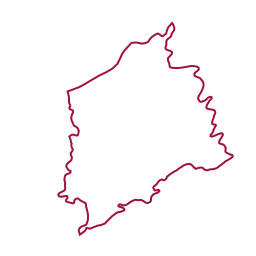 the district of Drahichyn, Brest, Belarus, rotated 159°
{"feature_id": "67162791B13228782215285", "entity_name": "Drahichyn", "entity_type": "district", "adm_level": 2, "iso_a3": "BLR", "parent_name": "Belarus", "parent_adm1": "Brest", "projection": "robinson", "projection_center": [25.082, 52.14], "detail": "fine", "context": "isolated", "style": "outline", "palette": "rose", "viewbox_px": 256, "rotation_deg": 159, "n_neighbors": 0, "source": "geoboundaries", "source_scale": "gbopen_adm2", "svg_char_len": 5044}
<svg xmlns="http://www.w3.org/2000/svg" viewBox="0 0 256 256"><g transform="rotate(159 128 128)"><path d="M62.0,58.9L61.0,58.8L59.1,58.9L57.3,59.3L56.1,59.9L54.4,60.1L53.3,60.5L50.5,61.4L48.8,62.0L45.7,62.4L43.0,62.9L41.2,63.4L40.2,64.3L40.4,65.0L40.6,65.5L41.7,66.4L43.0,67.6L43.9,68.5L44.9,69.7L45.5,70.7L45.3,71.8L44.6,72.8L44.0,74.0L44.1,76.1L44.4,77.4L45.4,78.7L46.4,79.5L47.8,80.5L48.3,81.2L48.1,82.0L47.4,83.0L46.5,83.9L44.3,85.5L43.0,86.6L41.9,87.5L41.8,88.8L42.2,89.5L45.4,90.0L47.5,89.9L50.3,89.7L51.5,89.8L53.2,90.0L53.9,90.8L53.4,91.8L52.2,92.5L50.7,93.3L49.7,94.4L48.7,95.6L47.0,97.3L46.1,98.0L45.0,98.8L45.0,99.6L45.7,100.0L46.6,100.5L47.8,101.6L47.5,103.0L46.9,103.9L46.0,105.1L44.2,107.1L43.2,108.6L41.8,110.0L40.9,111.2L40.8,112.6L41.2,113.8L42.8,114.9L44.3,115.9L45.9,116.8L47.2,117.8L47.5,119.2L46.1,121.3L44.2,122.6L42.4,124.1L40.9,124.8L39.4,125.6L38.9,126.7L40.3,127.8L42.8,127.5L44.3,126.8L46.3,126.1L48.8,126.1L50.7,126.3L51.7,127.2L51.7,128.5L52.1,130.0L51.8,130.9L50.6,132.4L47.8,134.6L45.0,137.0L42.6,139.9L41.6,142.2L41.5,144.9L42.1,146.4L42.6,148.1L43.6,149.4L44.3,150.2L45.6,151.2L46.8,152.4L47.1,153.7L46.5,154.9L45.2,155.8L42.9,156.4L41.5,156.9L40.8,157.6L40.5,159.1L41.5,160.5L44.2,162.1L46.9,163.3L50.9,164.0L54.9,164.8L59.6,166.0L63.3,167.4L65.8,168.7L67.1,170.1L66.9,171.0L66.4,173.3L66.4,177.2L65.5,179.0L63.5,179.9L62.3,180.5L60.4,181.7L59.8,183.0L60.6,184.6L62.6,186.1L64.3,187.8L64.4,189.3L63.4,190.7L62.1,192.2L61.8,193.7L60.9,195.4L60.1,196.4L58.0,197.1L55.8,197.7L54.7,198.5L53.6,200.2L51.4,201.8L50.2,202.5L49.0,204.3L48.8,206.1L48.8,208.2L49.2,210.2L50.7,209.5L54.6,207.4L56.2,205.7L58.6,202.5L62.7,201.3L63.8,202.1L65.1,204.3L66.7,205.7L70.2,205.2L73.4,204.3L76.5,202.6L78.5,201.1L81.6,201.1L85.1,201.9L88.1,204.0L89.9,205.0L94.2,206.2L98.8,204.0L103.2,201.8L106.7,199.5L110.2,196.0L114.8,191.7L121.0,189.1L128.4,187.9L136.5,187.2L145.7,185.7L154.4,184.2L158.6,183.7L167.6,183.7L171.3,183.8L171.6,181.0L171.9,178.6L172.5,176.5L173.2,175.0L174.0,172.8L174.0,171.3L173.8,169.9L174.3,168.7L175.6,167.9L175.6,166.4L174.1,165.2L173.3,164.2L173.2,163.3L174.2,161.8L175.4,160.7L176.2,159.8L176.9,158.6L177.7,156.7L177.9,154.4L177.7,151.9L177.6,149.7L177.2,149.0L176.2,148.1L175.3,146.6L175.0,145.2L174.9,143.4L175.4,142.1L176.1,141.2L176.7,140.0L177.6,139.3L178.3,139.2L179.2,139.7L180.2,140.6L182.2,141.7L183.8,141.7L185.8,141.1L185.8,140.3L185.8,137.8L186.2,135.5L186.2,133.6L187.0,132.5L187.4,130.7L187.4,129.6L187.2,128.0L187.6,127.0L188.8,126.1L190.2,125.2L190.7,124.6L190.9,122.9L190.9,122.0L191.1,120.3L191.6,119.4L192.2,118.5L193.7,117.8L196.1,116.8L197.4,116.4L198.4,115.8L199.0,115.1L199.3,114.5L199.3,113.0L199.0,111.8L198.6,110.0L198.0,109.2L197.1,108.5L197.6,107.2L198.8,106.8L200.2,106.7L201.6,106.8L203.5,106.3L204.4,105.3L206.0,102.3L206.1,101.2L206.1,99.9L206.9,98.2L207.7,96.0L208.3,94.0L208.9,93.0L210.6,92.3L212.4,92.1L214.0,92.0L216.3,91.6L217.0,90.4L217.1,89.4L216.5,88.7L215.4,88.0L214.4,87.6L213.4,87.4L211.6,87.1L210.0,86.7L209.3,86.2L209.3,85.3L209.5,84.6L210.5,84.0L211.1,83.3L211.9,82.8L212.0,81.5L210.4,80.2L209.3,79.4L208.0,78.5L206.3,77.3L205.8,77.2L205.1,77.7L204.7,78.2L204.5,78.8L204.1,79.5L203.4,80.1L202.7,80.3L201.5,80.5L200.2,80.3L199.6,79.7L199.0,78.4L198.1,77.1L197.2,76.0L196.3,75.1L195.5,74.1L194.8,73.4L194.5,72.2L194.8,71.1L195.2,70.1L195.3,69.1L195.6,66.7L195.8,64.8L196.3,62.2L196.8,60.2L197.4,58.9L198.5,56.3L200.0,54.5L201.3,53.0L202.5,52.6L204.8,52.6L206.4,52.7L208.4,52.2L209.4,51.4L210.7,50.2L210.9,49.0L210.9,47.9L211.2,45.8L210.0,46.0L207.9,46.4L206.8,46.9L204.8,47.5L203.6,48.5L202.8,49.4L202.2,49.4L201.5,48.9L200.1,48.0L199.0,47.5L197.8,47.7L196.9,47.7L196.0,47.7L194.4,47.7L193.1,47.7L191.6,47.8L190.5,47.6L189.5,47.3L188.1,47.1L185.8,47.1L183.7,47.1L182.6,47.7L180.5,48.7L178.6,49.5L176.7,50.3L174.6,51.3L172.9,51.8L170.9,52.4L169.0,52.9L166.6,52.8L165.2,52.5L163.8,52.4L162.7,52.4L161.5,52.5L160.8,52.6L160.5,53.4L160.7,54.4L161.6,55.5L162.9,56.6L163.6,57.1L164.9,58.3L164.7,59.1L164.0,59.6L163.2,59.7L162.3,59.4L161.4,58.3L160.1,57.4L157.6,56.9L156.0,57.1L153.6,57.7L152.4,58.0L150.8,58.3L148.1,58.4L146.8,58.3L145.6,57.7L144.7,57.1L143.8,56.8L142.6,56.5L141.4,56.0L140.5,55.0L139.6,54.1L139.0,52.9L138.3,52.1L136.8,51.0L135.2,50.9L134.0,51.1L133.0,51.7L132.5,52.2L132.0,53.3L131.5,54.5L130.9,55.2L130.0,55.9L129.1,56.5L127.8,57.0L125.9,57.0L123.6,57.0L122.6,57.2L121.4,57.7L121.2,58.6L121.8,59.2L123.5,59.7L124.6,59.8L125.4,60.1L125.6,60.6L125.7,61.8L125.8,62.8L125.7,63.4L125.0,64.1L124.0,64.4L122.6,64.8L121.7,65.2L120.7,65.7L119.8,66.4L118.3,67.3L116.4,67.9L115.4,67.9L114.8,67.8L114.1,67.1L113.6,66.5L112.8,66.3L111.2,66.6L110.3,67.1L109.1,68.5L107.4,69.1L106.2,69.5L105.0,69.8L103.5,70.1L102.2,70.4L100.8,70.8L99.0,70.8L97.6,71.1L96.0,71.6L94.1,72.1L92.0,72.5L89.1,73.2L87.3,73.1L85.2,73.0L83.8,72.6L82.7,71.8L81.9,70.7L81.0,69.1L80.7,67.6L79.7,66.4L79.2,65.5L77.4,65.5L75.0,65.3L73.3,64.6L72.3,63.6L71.8,62.3L71.2,61.4L69.7,60.3L68.7,60.1L67.6,60.1L66.1,59.9L63.4,59.1L62.0,58.9Z" fill="none" stroke="#9f1239" stroke-width="2"/></g></svg>